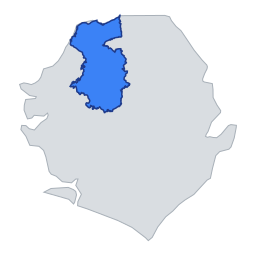 Bombali, Northern, Sierra Leone (highlighted)
{"feature_id": "65957751B29483301504535", "entity_name": "Bombali", "entity_type": "district", "adm_level": 2, "iso_a3": "SLE", "parent_name": "Sierra Leone", "parent_adm1": "Northern", "projection": "orthographic", "projection_center": [-12.185, 9.331], "detail": "fine", "context": "in_parent", "style": "filled", "palette": "blue", "viewbox_px": 256, "rotation_deg": 0, "n_neighbors": 0, "source": "geoboundaries", "source_scale": "gbopen_adm2", "svg_char_len": 6916}
<svg xmlns="http://www.w3.org/2000/svg" viewBox="0 0 256 256"><path d="M236.4,125.3L236.2,127.6L234.2,138.0L231.0,147.0L228.9,149.2L219.7,151.6L215.8,155.6L212.5,168.3L210.4,178.3L207.2,180.0L193.8,194.5L185.0,200.0L178.8,204.7L173.0,210.9L165.7,216.8L157.8,226.9L152.2,237.4L148.3,240.6L145.5,237.7L132.0,227.4L117.8,220.5L87.6,209.0L77.6,205.7L77.9,201.6L81.4,194.2L75.8,185.4L78.0,179.0L75.8,179.0L71.5,182.8L62.3,181.7L56.2,176.2L51.2,174.2L49.1,171.4L45.9,156.9L43.6,150.4L39.0,146.3L29.8,145.3L26.0,136.4L20.9,129.6L21.7,125.4L25.9,125.6L29.2,128.7L34.4,130.0L41.0,122.6L46.8,118.6L48.2,115.1L47.5,113.1L43.9,116.1L34.2,115.3L31.8,118.0L27.5,118.9L24.1,110.2L24.3,105.1L25.7,99.5L35.5,98.5L36.3,96.7L29.6,95.5L21.1,88.9L19.6,84.4L23.8,82.9L27.8,83.6L31.3,84.6L35.1,83.0L38.6,80.5L40.8,77.3L43.6,68.9L52.8,66.1L58.3,60.9L63.4,52.8L65.8,47.1L67.9,44.3L69.2,41.9L70.2,39.2L72.5,36.7L74.9,30.7L76.6,25.3L81.9,22.6L92.7,20.3L102.4,24.3L118.2,20.9L119.0,15.7L133.4,15.6L150.5,15.5L164.7,15.4L169.6,16.8L171.4,20.6L176.1,26.5L181.0,30.7L187.1,39.7L194.2,50.3L201.9,59.8L206.8,65.0L207.4,66.8L207.0,68.9L204.6,73.7L202.6,79.0L202.8,81.0L204.3,82.0L212.3,83.6L213.0,89.4L213.1,97.5L217.0,105.1L220.7,110.6L220.5,112.6L211.5,122.1L208.0,131.6L206.3,134.2L205.5,136.4L207.4,137.3L209.8,136.7L213.3,137.5L216.7,137.7L221.1,134.3L228.4,125.6L230.9,124.6L236.4,125.3ZM74.7,202.1L73.6,204.0L68.8,199.3L43.9,192.2L51.0,188.5L68.2,187.4L73.4,189.6L75.7,191.4L76.5,194.9L74.7,202.1Z" fill="#d9dde1" stroke="#a8b0b8" stroke-width="1"/><path d="M89.6,107.8L90.0,107.6L90.3,107.2L90.5,106.0L90.7,105.5L91.3,105.7L91.5,106.4L91.9,106.7L92.6,106.2L92.9,106.2L93.3,106.3L93.5,106.6L93.1,107.0L93.0,108.3L92.5,108.5L92.4,108.7L92.6,109.2L93.2,109.1L93.6,108.7L93.8,108.1L93.7,107.1L94.0,106.6L94.9,108.1L95.3,108.4L96.4,108.9L96.8,108.9L96.8,108.3L97.3,107.9L97.5,107.9L97.9,108.3L98.3,108.3L99.6,106.9L100.1,107.2L101.0,108.8L101.6,109.3L102.9,109.7L103.6,110.6L104.4,112.6L104.8,112.6L105.2,111.9L105.9,111.8L106.8,111.2L107.4,111.4L107.5,111.1L107.2,110.5L107.4,109.7L108.1,109.6L108.3,109.8L108.1,110.4L108.3,111.0L108.8,110.6L109.5,110.6L109.7,111.3L109.9,111.5L110.2,111.5L110.6,110.8L110.8,110.8L110.8,111.3L111.3,111.2L111.9,111.5L112.3,111.3L112.7,110.8L112.7,110.2L112.9,109.5L116.0,108.0L116.6,107.5L118.5,106.3L118.9,106.5L119.1,106.0L119.7,106.1L120.1,105.3L120.7,104.9L120.7,104.1L121.1,104.2L121.2,103.9L121.4,103.6L121.0,102.9L121.1,102.3L120.8,100.7L121.1,100.3L121.0,99.6L121.2,98.6L121.0,98.3L121.6,97.8L121.9,97.0L122.2,96.9L122.2,96.6L122.1,95.6L121.8,95.1L121.8,94.0L122.0,92.2L121.7,92.0L121.9,91.6L121.3,91.4L121.3,90.9L120.8,90.2L121.4,90.0L122.0,90.1L122.4,89.4L121.9,89.0L122.4,88.5L123.4,88.0L124.1,88.3L124.3,88.2L125.0,87.3L124.6,86.8L124.7,86.6L125.2,86.6L125.5,86.9L125.6,86.7L125.3,86.1L125.5,86.0L126.1,87.0L127.0,87.2L127.2,86.6L127.8,86.5L128.1,85.9L128.5,85.8L128.5,85.2L128.9,85.0L129.3,85.1L129.3,84.1L129.7,84.0L129.6,83.7L128.0,82.8L127.2,82.7L126.1,82.1L125.8,81.5L125.9,80.8L125.6,80.4L124.6,80.2L124.0,79.3L124.3,77.3L124.6,76.7L125.2,76.3L125.7,75.7L125.5,74.6L126.1,73.5L126.6,73.4L127.2,72.8L127.3,71.3L127.0,71.4L126.7,71.1L125.5,71.2L125.2,71.5L124.7,71.4L124.4,71.1L124.2,70.6L124.1,69.6L123.4,69.9L123.1,69.2L122.4,69.1L122.4,68.7L123.2,68.6L123.4,68.8L124.4,68.7L123.5,65.6L123.8,65.0L126.4,62.8L126.2,62.3L125.7,61.8L125.2,61.8L126.1,59.1L124.1,56.7L123.9,56.1L124.0,55.6L123.0,55.3L122.5,54.4L122.2,54.4L121.7,54.1L121.2,52.6L121.7,51.9L121.6,51.5L121.8,51.3L122.1,51.3L122.2,51.1L121.5,50.3L121.1,50.2L120.8,50.8L120.6,50.7L120.9,48.9L120.2,48.7L118.8,48.9L118.4,48.8L117.4,49.0L116.7,49.4L116.2,49.2L115.8,50.0L115.4,50.1L115.2,50.8L115.5,50.8L115.4,51.2L115.1,51.2L114.8,52.1L112.7,50.4L111.3,48.7L110.9,48.6L110.5,48.1L110.2,48.0L109.9,48.2L109.0,48.4L108.7,48.1L108.5,48.3L108.1,47.2L108.3,47.1L108.3,46.7L107.6,46.0L107.3,46.2L106.4,45.8L106.1,45.9L106.1,46.2L105.4,46.0L104.9,45.6L104.7,45.8L104.3,45.6L103.9,45.8L103.6,45.7L103.3,45.7L103.2,45.3L102.9,45.1L104.3,44.2L104.6,43.8L104.5,43.3L104.9,42.4L106.2,41.2L108.8,40.2L109.5,39.7L110.1,40.1L110.4,40.0L110.7,39.6L110.8,39.4L110.4,39.3L110.7,39.1L111.1,39.5L112.1,39.4L112.3,39.1L112.1,38.6L112.7,38.6L113.1,38.4L114.1,38.4L114.3,37.9L116.3,37.5L118.1,37.3L118.8,36.8L118.9,37.1L119.3,37.0L121.0,37.0L121.1,36.5L121.7,36.1L121.4,34.2L121.5,31.9L121.1,31.5L121.3,31.2L120.9,30.3L120.8,29.1L120.9,28.7L120.7,28.3L120.7,27.9L120.4,27.3L120.5,25.2L120.9,23.8L120.5,23.5L120.0,23.6L119.7,23.4L119.4,22.8L119.4,22.3L119.9,22.2L120.0,21.8L120.4,21.4L119.8,20.8L120.1,20.3L119.1,19.3L119.2,18.2L119.4,18.0L120.0,15.7L119.9,15.4L118.6,17.3L117.5,17.5L115.7,18.4L114.2,19.7L112.9,19.9L112.6,20.2L111.7,20.3L109.1,21.9L107.8,22.4L107.2,22.5L106.6,23.2L105.1,23.5L103.6,24.8L103.3,24.3L102.8,24.6L102.9,24.2L102.4,24.4L102.2,24.2L102.2,24.6L101.8,24.4L101.5,23.9L101.1,24.0L100.9,23.6L100.8,23.8L100.5,23.8L100.4,23.5L100.2,23.4L100.0,23.5L99.1,23.1L98.4,22.4L98.0,22.5L97.1,21.8L96.9,20.3L92.4,21.6L90.9,22.5L89.9,23.5L88.2,24.1L87.6,24.0L86.4,22.9L84.4,22.7L82.4,22.8L78.4,25.4L78.1,25.8L77.1,26.5L76.8,27.2L76.9,27.5L77.2,27.5L77.4,27.3L77.6,27.6L77.5,28.9L77.1,28.8L76.8,28.9L76.7,29.4L76.8,30.0L76.2,31.1L76.1,32.1L75.4,33.1L76.0,33.0L76.4,33.7L76.0,34.0L75.0,33.8L74.7,34.4L75.4,35.9L75.4,36.5L75.2,36.6L74.6,36.2L74.7,35.6L74.5,35.3L74.2,35.5L74.2,35.9L73.1,36.6L72.2,36.8L72.0,37.1L72.0,38.2L71.5,39.2L71.5,40.3L70.8,39.6L70.5,39.6L70.4,40.0L70.8,41.8L70.3,43.7L70.4,44.4L71.0,44.9L71.0,45.3L72.3,45.8L73.1,45.8L73.9,47.0L75.5,47.7L76.5,48.4L79.0,50.7L82.2,52.2L82.5,52.8L82.7,54.6L83.9,56.0L84.0,56.6L83.5,57.6L83.8,58.0L84.4,57.9L85.2,58.1L85.7,58.5L86.0,59.1L85.6,60.8L86.3,62.3L85.9,62.5L85.4,62.5L85.1,61.9L84.7,61.6L84.2,62.0L83.6,63.4L82.9,63.9L83.2,65.2L84.5,66.1L84.8,66.7L84.5,67.2L83.6,67.3L83.1,67.0L82.7,66.3L82.2,66.0L82.1,65.2L81.8,65.2L81.5,65.7L81.7,67.3L81.0,68.1L81.1,69.2L82.2,68.5L82.9,68.7L83.8,69.8L83.7,70.4L83.9,71.3L83.1,72.2L82.7,73.8L82.7,74.3L83.2,74.9L82.0,75.8L81.0,76.9L80.8,77.7L80.2,78.1L80.1,78.6L80.3,79.1L80.2,79.7L79.8,80.0L79.6,80.3L79.2,80.4L79.0,80.7L78.7,80.7L78.5,80.0L79.1,79.6L79.2,79.3L78.4,78.2L76.4,80.0L76.7,80.2L77.5,81.1L77.2,81.7L77.4,82.2L77.3,82.3L76.7,82.3L76.5,82.7L75.9,81.9L75.3,81.5L75.1,81.6L74.9,82.3L73.8,83.1L73.4,83.0L73.2,82.5L74.0,81.9L73.5,81.5L73.1,81.6L72.9,82.0L72.1,82.4L72.1,82.7L72.4,82.7L72.2,83.8L71.4,84.1L71.3,84.6L70.7,85.3L70.4,86.0L70.1,86.4L70.8,86.8L73.4,86.3L73.3,87.6L73.4,88.1L73.8,88.1L74.5,87.0L75.5,86.3L75.8,86.3L76.3,87.5L76.7,89.4L76.9,91.5L77.4,92.1L78.8,92.7L78.8,93.4L79.6,94.2L79.9,94.1L80.1,94.5L80.4,94.4L81.3,92.7L81.8,93.2L82.9,92.9L83.3,93.5L83.9,93.4L84.3,94.3L84.3,94.9L84.7,95.2L85.9,94.8L87.1,95.1L87.9,96.2L88.1,97.9L88.7,98.6L89.6,100.1L89.8,100.9L89.1,102.6L88.3,103.2L88.0,103.2L86.8,102.8L86.0,103.4L85.9,104.5L86.2,105.3L87.6,106.5L88.4,107.4L89.6,107.8Z" fill="#3b82f6" stroke="#1e3a8a" stroke-width="1.5"/></svg>